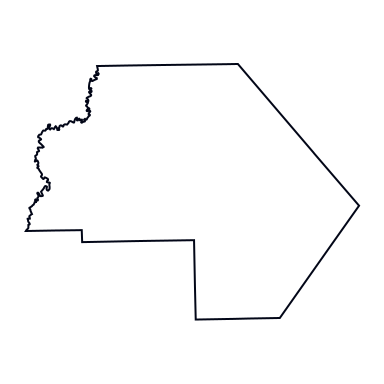 Pirane, Formosa, Argentina, rotated 89°
{"feature_id": "61730980B72104600250977", "entity_name": "Pirane", "entity_type": "district", "adm_level": 2, "iso_a3": "ARG", "parent_name": "Argentina", "parent_adm1": "Formosa", "projection": "mercator", "projection_center": [-59.332, -25.781], "detail": "fine", "context": "isolated", "style": "outline", "palette": "ink", "viewbox_px": 384, "rotation_deg": 89, "n_neighbors": 0, "source": "geoboundaries", "source_scale": "gbopen_adm2", "svg_char_len": 5999}
<svg xmlns="http://www.w3.org/2000/svg" viewBox="0 0 384 384"><g transform="rotate(89 192 192)"><path d="M240.2,302.7L240.1,256.7L240.1,247.5L240.1,241.7L240.1,240.5L240.2,190.8L286.2,190.7L319.6,190.5L319.6,152.7L319.5,137.2L319.5,110.2L319.5,107.5L319.5,106.4L249.2,55.0L208.6,25.2L155.8,69.0L154.5,70.0L64.8,143.9L64.8,154.7L64.5,222.8L64.4,254.5L64.4,282.7L64.4,284.7L65.4,284.5L66.5,284.3L67.3,284.1L68.2,284.0L68.6,284.0L68.9,284.0L69.2,284.3L69.5,284.7L69.7,285.0L69.8,285.4L70.0,285.7L70.6,285.8L71.3,285.8L71.8,285.4L72.1,284.9L71.7,284.2L71.5,283.7L72.0,283.3L72.7,283.4L73.4,283.9L73.5,284.9L73.4,286.1L73.5,287.0L73.7,287.5L74.2,287.8L74.6,287.8L74.9,287.5L75.5,286.9L76.1,286.0L76.5,285.2L77.0,285.2L77.3,285.2L77.5,285.6L77.7,286.2L78.3,287.7L79.0,289.0L79.3,289.6L79.3,290.0L79.1,290.3L78.6,290.6L77.3,290.7L77.0,291.2L77.4,291.7L78.0,291.8L79.0,291.8L79.8,292.0L80.5,292.4L81.6,292.7L83.4,293.0L85.3,293.2L86.5,293.2L87.1,293.0L87.0,292.6L86.8,292.3L86.4,291.8L86.3,291.3L86.5,291.0L86.8,290.8L87.1,290.9L87.5,291.3L87.7,291.7L88.3,292.0L88.6,291.9L88.9,291.7L88.9,291.3L89.1,290.9L89.4,290.6L89.8,290.7L90.1,290.8L90.3,291.1L90.3,291.4L89.8,292.1L89.7,292.7L89.9,293.0L90.3,293.2L90.8,293.0L91.2,292.7L93.0,291.2L93.4,291.1L93.8,291.3L94.3,291.7L95.0,293.7L95.7,295.0L96.0,295.5L96.3,295.7L96.7,295.4L97.8,294.3L98.8,294.0L99.4,294.1L99.5,294.2L99.5,294.7L99.1,295.9L99.0,296.3L99.3,296.4L99.6,296.5L99.9,296.4L100.2,295.9L100.4,295.4L100.6,294.8L100.9,294.5L101.2,294.6L102.7,295.6L103.2,296.1L103.8,296.4L104.2,296.2L104.5,295.6L104.9,295.3L105.5,295.0L106.0,294.5L106.4,293.6L106.9,293.2L107.2,293.2L107.3,293.3L107.4,293.7L107.2,294.5L107.4,295.0L108.1,295.6L108.6,295.9L109.1,295.8L109.2,295.7L109.3,295.3L109.1,294.4L108.9,293.2L109.0,292.7L109.3,292.4L109.6,292.3L109.8,292.4L110.1,292.7L110.6,293.0L111.5,293.9L112.3,294.0L113.1,292.8L113.5,292.8L113.8,293.0L114.0,293.3L114.3,294.0L114.8,294.2L115.8,295.0L116.4,295.5L117.2,295.8L117.7,296.1L117.8,296.3L117.6,297.0L117.0,297.7L117.5,298.4L117.8,298.6L118.0,298.5L118.4,298.1L118.7,297.9L119.0,297.8L119.3,297.8L119.6,298.0L119.7,298.4L119.9,299.4L120.1,299.8L120.3,300.2L120.6,300.6L120.8,301.0L120.7,301.3L120.4,301.6L119.9,301.5L118.9,301.0L118.1,300.7L117.8,300.8L117.8,301.0L117.7,301.7L118.2,302.3L118.3,302.9L118.1,303.2L117.7,303.3L117.2,303.2L116.8,303.4L116.8,303.8L117.3,304.3L118.0,304.8L118.4,305.0L118.4,305.4L118.3,305.7L117.9,305.8L117.2,305.7L116.5,305.7L115.7,305.8L115.7,306.2L115.8,306.5L116.4,307.1L117.2,307.7L118.4,308.1L119.2,308.4L120.1,308.6L120.4,308.7L120.5,309.2L120.2,309.9L119.8,310.5L119.4,311.3L119.1,311.8L119.0,312.9L119.5,313.7L120.8,314.3L122.4,315.7L122.1,317.8L122.5,318.7L122.9,319.2L123.8,319.4L124.1,319.7L124.3,319.9L124.1,320.4L123.3,321.3L123.1,321.8L123.1,322.3L123.5,322.9L123.9,323.3L124.5,323.4L125.0,323.5L125.3,323.8L125.9,324.3L126.5,323.8L127.0,323.6L127.6,323.8L127.7,324.7L127.6,325.5L125.5,326.0L124.5,326.6L123.9,327.1L124.3,327.6L125.1,328.1L126.0,328.4L126.7,329.0L126.3,329.6L126.0,330.1L125.9,330.6L125.8,330.9L125.8,331.3L126.2,331.9L126.6,332.4L127.0,332.7L126.9,333.0L126.7,333.3L126.3,333.6L125.4,333.6L124.4,333.4L123.5,332.9L122.7,332.6L122.1,332.7L122.0,333.2L122.1,334.2L122.3,334.6L123.0,334.8L124.9,335.1L125.8,335.2L126.4,335.6L126.5,336.3L126.5,336.6L126.7,336.9L127.2,337.0L127.7,337.2L128.1,337.7L128.1,338.2L127.9,339.1L128.0,339.7L128.4,340.1L129.1,340.5L129.8,341.0L130.9,341.4L131.7,341.8L131.9,342.1L132.0,343.1L132.1,343.7L133.5,344.8L134.1,344.9L134.6,344.8L134.9,343.9L136.1,342.4L136.4,342.1L136.8,342.0L137.1,342.3L137.5,343.0L137.7,343.7L138.4,344.3L138.9,344.3L139.4,344.2L139.9,343.7L140.4,343.4L140.8,342.9L141.2,342.4L141.6,342.0L142.2,341.4L142.9,340.8L143.6,340.1L144.1,339.6L144.5,339.6L144.8,340.3L145.1,340.8L144.9,341.5L145.0,341.9L144.9,343.4L144.8,344.1L144.9,345.2L145.6,345.5L146.0,345.3L147.9,344.3L148.3,344.2L148.6,344.4L148.9,345.0L149.1,345.8L149.5,346.3L150.1,346.2L151.5,346.2L152.0,346.5L152.4,346.8L152.8,347.6L153.2,348.1L153.8,348.1L154.5,348.0L155.2,347.6L156.3,347.5L156.9,348.1L158.0,348.4L158.5,348.6L158.8,348.4L158.4,347.4L157.9,346.1L158.2,345.8L158.9,345.5L160.0,345.1L160.8,345.2L161.4,345.3L161.8,345.8L162.0,346.1L162.3,346.1L162.9,345.8L163.2,345.3L163.5,345.0L163.8,345.1L164.1,345.3L164.4,345.8L164.7,346.2L165.1,346.2L165.4,346.1L165.9,345.2L166.6,344.6L167.4,344.4L168.3,343.8L169.5,343.0L170.8,342.1L171.5,341.7L171.9,341.7L172.5,341.8L173.0,342.1L173.7,342.7L174.2,342.6L176.3,340.7L176.4,340.3L176.2,340.0L175.9,339.7L174.9,339.2L174.8,338.9L175.5,337.3L175.9,336.8L176.2,336.1L176.9,335.7L177.7,335.8L178.5,336.7L179.0,336.9L179.5,336.9L179.7,336.5L180.0,335.7L180.1,334.3L180.4,334.0L180.8,334.1L181.5,334.4L182.5,334.5L184.3,334.3L185.7,334.3L186.7,334.5L187.5,335.2L187.9,335.6L188.1,335.9L187.9,336.5L187.7,336.8L187.1,337.2L186.1,337.4L185.3,337.1L184.1,337.0L183.7,337.7L183.5,338.5L183.8,339.0L184.4,339.4L185.0,339.8L185.7,340.1L187.0,341.1L188.0,342.0L189.1,342.9L190.0,342.5L192.8,341.2L193.3,341.4L193.5,342.5L193.5,343.5L193.1,344.4L192.5,344.3L191.5,344.9L191.0,345.1L190.5,345.4L190.2,345.7L190.0,346.0L190.1,346.5L190.8,346.7L191.6,346.2L192.9,345.6L193.6,345.6L194.2,345.8L194.9,346.2L195.4,346.7L196.0,346.6L196.8,346.2L197.3,346.1L197.6,346.3L197.9,346.6L197.9,347.1L197.6,347.5L196.8,348.0L196.7,348.6L197.2,349.0L197.9,349.0L198.6,348.2L199.3,348.2L199.3,349.0L199.6,349.6L200.3,349.7L201.0,350.1L201.9,350.6L202.5,351.6L203.4,352.3L203.8,353.0L204.5,353.9L204.9,354.8L205.7,354.8L206.6,354.0L208.2,353.7L210.1,352.9L211.3,352.4L211.6,353.1L212.0,353.5L212.6,354.2L213.1,354.9L214.0,355.1L214.9,354.7L215.8,354.6L215.9,355.2L215.8,356.2L215.9,356.8L216.3,356.8L216.9,356.5L218.5,356.3L219.3,355.9L220.3,355.1L221.2,354.8L221.6,355.1L221.8,355.4L221.8,355.9L222.0,356.2L222.3,356.2L223.1,356.2L224.5,356.2L225.4,356.4L226.5,357.5L227.3,358.3L228.1,358.8L228.1,357.2L228.1,330.3L228.2,307.5L228.2,302.9L240.2,302.7Z" fill="none" stroke="#020617" stroke-width="2"/></g></svg>